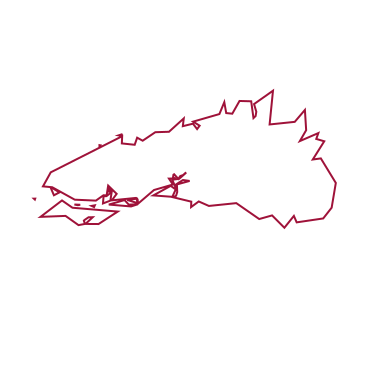 the district of Pathein, Ayeyarwady, Myanmar, rotated 56°
{"feature_id": "60261553B36650423786052", "entity_name": "Pathein", "entity_type": "district", "adm_level": 2, "iso_a3": "MMR", "parent_name": "Myanmar", "parent_adm1": "Ayeyarwady", "projection": "orthographic", "projection_center": [94.599, 16.703], "detail": "medium", "context": "isolated", "style": "outline", "palette": "rose", "viewbox_px": 384, "rotation_deg": 56, "n_neighbors": 0, "source": "geoboundaries", "source_scale": "gbopen_adm2", "svg_char_len": 1956}
<svg xmlns="http://www.w3.org/2000/svg" viewBox="0 0 384 384"><g transform="rotate(56 192 192)"><path d="M187.1,52.5L191.3,67.6L179.4,89.9L153.3,68.2L153.8,91.4L161.4,93.8L164.6,96.8L165.1,99.7L149.9,92.2L143.1,101.7L149.6,114.8L145.7,119.5L135.6,115.0L142.7,125.7L134.3,151.7L141.3,148.6L142.7,152.6L135.9,153.0L132.3,162.8L126.4,157.7L129.2,177.4L121.9,189.0L121.9,204.2L116.3,207.1L120.8,213.1L112.5,223.0L106.7,218.7L96.7,298.1L104.0,312.4L109.9,305.2L132.8,293.5L145.4,276.5L145.2,267.2L147.1,264.7L139.8,257.9L151.4,255.5L154.1,263.1L165.6,241.7L166.5,241.2L167.8,241.3L171.5,243.2L169.1,222.4L175.1,203.7L168.0,203.6L171.3,198.5L170.8,198.5L170.1,199.6L169.5,199.8L167.3,197.7L167.3,196.9L173.5,196.0L172.2,192.8L173.0,189.9L172.5,186.6L172.7,186.0L173.9,195.3L170.8,201.5L180.0,203.3L176.8,200.8L177.0,192.8L181.5,187.8L177.3,200.3L183.8,204.3L186.2,207.3L185.8,210.6L199.6,198.0L204.0,201.2L203.6,191.7L213.0,185.8L226.0,161.5L252.0,151.4L256.2,138.7L273.3,135.4L268.8,120.9L275.7,122.2L287.3,98.0L283.1,85.0L264.9,67.7L236.2,66.4L232.6,73.7L223.9,54.0L217.5,59.3L213.8,54.3L210.1,74.1L204.6,62.8L187.1,52.5ZM166.3,287.4L166.7,264.5L138.2,299.9L126.3,304.5L127.9,331.5L141.1,310.2L156.0,304.6L158.6,298.6L155.3,297.7L155.1,296.7L155.1,291.9L157.4,288.4L158.9,298.2L166.3,287.4ZM180.8,204.1L175.0,206.2L173.2,226.0L185.0,211.0L180.8,204.1ZM169.9,250.6L171.9,243.7L167.1,251.5L161.0,252.4L155.9,268.0L169.9,250.6ZM151.7,272.2L153.5,264.5L147.1,258.6L147.6,265.2L146.1,267.7L151.7,272.2ZM162.4,250.1L170.6,243.5L166.7,241.5L162.4,250.1ZM118.2,302.1L109.7,306.0L109.7,306.8L117.5,308.3L118.2,302.1ZM144.9,261.2L146.1,258.1L142.6,258.9L144.9,261.2ZM149.7,281.6L148.7,280.0L147.4,283.0L149.7,281.6ZM136.6,296.5L139.1,294.0L140.1,291.8L136.6,296.5ZM104.0,221.2L105.3,219.9L105.1,217.3L104.0,221.2ZM101.4,242.5L102.4,243.2L102.0,241.9L101.4,242.5ZM109.1,326.8L110.4,326.5L109.8,325.7L109.1,326.8Z" fill="none" stroke="#9f1239" stroke-width="2"/></g></svg>